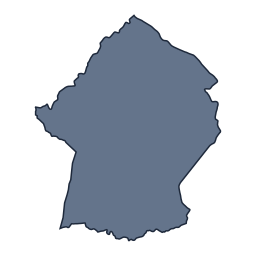 Santa Elena, La Paz, Honduras
{"feature_id": "27666195B24762769200166", "entity_name": "Santa Elena", "entity_type": "district", "adm_level": 2, "iso_a3": "HND", "parent_name": "Honduras", "parent_adm1": "La Paz", "projection": "albers", "projection_center": [-88.165, 14.069], "detail": "fine", "context": "isolated", "style": "filled", "palette": "slate", "viewbox_px": 256, "rotation_deg": 0, "n_neighbors": 0, "source": "geoboundaries", "source_scale": "gbopen_adm2", "svg_char_len": 5730}
<svg xmlns="http://www.w3.org/2000/svg" viewBox="0 0 256 256"><path d="M60.1,228.5L62.9,227.4L65.9,226.8L66.4,226.8L66.9,227.0L67.3,227.3L67.6,227.4L68.1,227.5L68.6,227.4L69.1,227.1L71.1,224.4L71.4,223.9L71.7,223.7L73.2,223.9L75.4,223.7L77.4,223.7L79.6,223.5L81.3,223.4L84.5,223.0L85.0,223.0L85.3,223.3L85.3,224.1L86.1,226.6L87.0,227.2L88.0,227.7L88.8,228.5L89.8,229.1L90.5,229.3L91.3,229.5L92.1,229.3L93.2,228.9L93.9,228.9L94.5,229.1L95.2,229.5L97.1,231.1L97.4,231.4L97.6,231.9L97.9,232.0L98.5,231.9L100.8,231.2L103.4,230.9L105.9,229.8L106.4,229.7L106.8,229.7L107.0,229.9L107.1,230.3L107.0,231.1L106.7,231.9L106.7,232.3L106.9,233.0L107.3,233.6L107.9,234.0L108.5,234.3L108.9,234.4L109.3,234.3L109.5,234.1L109.7,233.8L110.0,232.4L110.4,231.8L110.6,231.6L110.9,231.5L111.2,231.5L111.5,231.6L112.0,232.0L112.5,232.8L112.9,233.5L113.2,234.6L113.5,235.1L113.9,235.4L114.6,235.8L115.1,236.4L115.3,236.9L115.6,238.1L115.8,238.3L116.5,238.6L117.6,238.6L119.1,239.0L119.4,239.0L120.2,238.7L122.9,237.3L123.9,237.1L125.1,237.2L126.5,237.5L127.2,237.8L127.7,238.1L128.0,238.6L128.6,240.4L128.8,240.6L129.0,240.6L129.3,240.5L129.6,240.1L130.1,239.8L130.7,239.5L131.1,239.4L131.5,239.4L132.1,239.9L132.9,240.2L133.6,240.3L134.3,240.2L134.9,239.8L136.1,238.3L136.6,238.0L139.6,237.1L141.3,236.8L142.5,236.4L143.3,235.8L143.8,235.3L144.2,234.4L144.6,233.8L145.7,233.0L146.2,232.2L146.6,231.1L146.9,230.8L147.2,230.7L147.7,230.6L148.5,230.7L149.8,230.3L150.5,230.6L151.2,231.1L151.7,231.3L152.5,231.5L153.2,231.5L153.7,231.4L154.1,231.1L155.7,229.4L156.2,229.2L156.6,229.2L157.5,229.5L159.2,230.7L162.1,232.3L162.3,232.3L163.8,231.7L164.0,231.7L164.2,232.0L164.4,232.0L164.9,231.8L165.6,231.2L166.1,230.8L166.8,230.8L167.7,230.9L168.6,230.6L169.1,230.3L169.9,229.5L171.3,228.8L171.9,228.6L172.8,228.7L173.3,228.6L173.8,228.4L175.0,227.7L175.9,227.4L176.7,227.3L177.9,227.4L178.7,227.2L179.3,226.9L180.7,225.6L181.2,225.2L182.1,224.9L186.2,223.4L186.5,220.9L187.2,219.5L187.5,218.1L187.4,217.5L187.0,217.0L186.7,216.5L186.6,215.8L186.6,215.1L187.3,214.0L189.6,210.6L189.8,210.1L189.9,209.8L189.7,209.4L189.3,209.1L187.8,208.2L187.0,207.6L185.6,206.2L183.4,204.2L182.3,202.9L182.0,202.6L181.7,201.4L181.0,198.7L180.5,195.3L179.8,192.5L179.0,188.1L178.9,186.4L179.0,185.6L179.3,184.9L179.9,183.5L180.7,182.3L209.6,145.8L210.5,145.0L211.4,144.4L212.0,144.0L213.1,143.5L214.5,142.6L215.4,140.6L216.1,138.1L216.4,137.4L218.0,135.0L219.5,133.0L220.2,132.3L220.4,131.9L220.5,131.2L220.4,130.6L218.4,127.4L218.0,126.5L217.5,124.8L217.5,124.2L217.6,123.6L217.6,122.9L217.9,121.2L217.8,120.7L217.4,120.3L215.6,119.2L215.4,118.5L215.2,117.4L215.2,117.0L216.1,112.1L217.0,109.3L217.2,108.4L217.3,107.2L217.7,106.0L218.0,104.9L218.0,103.8L217.8,102.9L217.6,102.5L217.2,102.1L216.7,101.8L216.2,101.6L215.0,101.5L213.6,101.7L212.7,101.7L212.2,101.6L211.7,101.3L211.1,100.3L209.6,96.8L209.2,96.1L208.7,95.2L207.7,93.9L207.3,93.1L205.7,91.8L205.4,91.5L205.0,90.6L204.6,89.6L204.6,89.4L204.8,89.2L205.4,88.9L206.6,88.8L209.2,89.0L209.7,88.9L210.2,88.6L210.9,87.8L212.3,85.9L216.7,82.5L217.1,82.1L217.4,81.5L217.4,80.9L217.1,80.2L216.5,79.3L215.9,78.6L215.2,77.9L214.6,77.0L213.5,75.9L212.4,75.0L209.7,73.2L209.0,72.5L207.6,70.7L204.2,67.0L201.6,64.2L200.5,62.5L199.2,60.8L195.2,56.6L194.0,55.6L193.6,55.2L192.8,54.9L188.9,53.5L186.5,52.4L184.6,51.8L179.0,49.4L174.2,47.2L172.3,46.2L171.2,45.4L170.6,44.7L168.4,42.1L167.7,41.4L167.3,41.1L166.5,40.8L164.0,40.5L162.6,39.9L161.6,38.9L160.6,37.5L160.2,36.7L159.1,33.8L157.8,32.1L156.9,31.2L154.8,29.6L151.8,26.8L150.7,26.0L142.9,21.3L141.8,20.5L137.1,18.4L135.1,16.9L134.5,16.1L134.0,15.4L129.9,18.9L129.6,19.3L129.4,19.7L129.4,20.0L130.1,22.4L130.0,22.6L129.8,22.9L129.3,23.3L128.8,23.5L128.4,23.4L127.4,22.8L126.3,22.4L126.0,22.4L125.7,22.6L125.0,23.5L123.7,26.0L123.0,27.0L122.4,27.6L120.8,28.9L119.6,30.2L119.5,30.6L119.5,31.2L119.5,31.7L119.2,32.2L118.9,32.7L118.6,32.8L118.1,32.8L115.4,32.1L115.0,32.0L114.7,32.1L114.0,32.6L110.9,36.3L110.2,37.0L109.7,37.5L109.3,37.6L108.5,37.6L108.0,37.5L106.9,37.1L105.8,37.1L105.3,37.3L104.7,37.7L103.6,38.7L102.5,40.3L100.2,43.1L100.2,43.6L100.6,45.6L100.6,46.2L100.5,46.8L100.0,48.3L98.7,50.6L97.7,52.6L97.4,53.0L96.6,53.4L95.6,53.7L94.4,54.0L93.8,54.2L93.2,54.5L92.8,54.9L92.0,56.1L90.7,58.0L89.0,61.6L87.9,63.0L87.7,63.6L87.8,64.7L87.6,66.0L87.4,66.4L86.9,66.8L86.7,67.2L85.5,71.6L84.9,73.1L84.3,73.7L83.5,74.0L83.2,74.0L81.9,73.6L81.0,73.5L79.5,73.7L78.9,73.9L78.6,74.2L78.4,74.6L78.2,75.3L78.2,75.8L78.5,76.6L78.4,77.1L78.2,77.6L77.3,78.2L75.5,79.8L74.6,80.7L74.3,81.0L74.2,81.6L74.3,82.3L74.5,83.2L74.9,84.4L75.1,85.1L75.0,85.5L74.8,85.8L74.4,85.9L71.6,86.2L68.7,86.3L67.6,86.5L66.5,86.9L65.2,87.6L63.9,88.6L60.6,91.0L59.5,91.9L59.3,92.2L58.8,93.4L57.9,95.2L57.6,95.9L57.6,97.0L57.8,98.0L57.8,98.4L57.7,99.4L57.6,99.7L54.3,102.0L54.1,102.3L53.4,103.6L52.7,105.1L52.2,106.3L51.7,108.3L51.5,108.8L51.2,109.1L50.9,109.3L50.3,109.2L49.8,109.0L49.4,108.6L48.6,107.4L47.7,105.1L47.2,104.3L47.0,104.2L45.4,105.6L44.3,106.1L43.2,106.3L41.3,107.5L40.8,107.8L39.7,107.8L35.9,107.1L35.6,107.1L35.5,107.3L35.9,108.4L36.0,109.5L36.0,110.4L35.6,111.4L35.6,113.9L35.6,114.9L37.3,115.9L37.3,116.1L37.1,116.5L37.1,116.9L37.2,117.8L37.3,118.2L38.4,118.9L39.7,120.0L42.2,122.4L43.2,123.3L43.5,123.6L44.9,127.5L45.3,129.5L45.8,130.6L45.9,130.8L48.0,131.7L48.6,132.3L49.7,132.8L50.4,133.3L50.6,133.6L51.4,135.7L51.6,136.0L51.8,136.2L52.4,136.3L53.3,136.1L54.4,136.2L55.7,136.3L56.4,136.5L57.2,136.9L58.2,138.2L59.5,139.1L59.9,139.3L60.7,139.3L61.3,139.4L62.1,139.6L63.5,140.3L64.3,140.4L64.8,140.6L65.5,141.5L65.9,142.4L76.1,152.0L72.5,163.2L71.5,172.6L70.8,179.7L69.1,184.0L68.4,189.7L67.2,194.5L64.6,202.9L63.1,217.6L60.1,228.5Z" fill="#64748b" stroke="#1e293b" stroke-width="1.5"/></svg>